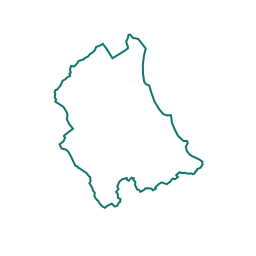 the district of Humacao, Puerto Rico, rotated 305°
{"feature_id": "32010507B58001941007009", "entity_name": "Humacao", "entity_type": "district", "adm_level": 2, "iso_a3": "PRI", "parent_name": "Puerto Rico", "parent_adm1": "", "projection": "albers", "projection_center": [-65.812, 18.138], "detail": "fine", "context": "isolated", "style": "outline", "palette": "teal", "viewbox_px": 256, "rotation_deg": 305, "n_neighbors": 0, "source": "geoboundaries", "source_scale": "gbopen_adm2", "svg_char_len": 2401}
<svg xmlns="http://www.w3.org/2000/svg" viewBox="0 0 256 256"><g transform="rotate(305 128 128)"><path d="M49.1,151.9L49.4,154.9L52.6,155.8L56.7,158.1L56.1,162.1L57.6,163.6L62.3,163.4L62.9,163.9L65.5,162.6L65.0,159.8L68.2,157.4L68.8,155.0L72.5,155.3L73.9,152.8L79.3,151.7L82.7,152.7L86.3,155.6L85.0,156.9L85.2,158.8L89.4,159.4L89.6,160.9L90.1,161.5L88.6,162.0L88.1,165.0L85.6,166.3L82.9,170.6L83.6,172.9L82.8,174.7L86.3,176.6L88.5,176.9L89.4,178.2L90.7,179.7L91.0,180.6L91.8,181.9L91.3,184.2L94.3,185.6L95.1,184.4L100.0,185.5L102.8,186.8L104.2,192.0L108.7,193.5L112.2,193.5L113.0,195.9L116.5,196.9L117.0,194.5L121.4,195.6L121.6,196.6L121.6,197.2L123.9,200.4L125.1,203.6L127.3,206.2L127.2,207.2L127.5,207.8L127.7,208.0L128.5,208.3L129.4,208.5L130.1,208.5L130.4,208.2L131.2,208.2L131.6,208.5L132.4,208.8L134.2,208.3L137.2,210.3L141.1,209.9L141.3,209.5L142.2,208.8L143.1,208.3L143.1,205.7L143.1,205.0L143.1,204.0L142.5,200.9L142.1,198.4L141.7,196.7L141.7,193.2L142.6,190.6L143.1,189.1L145.8,186.1L149.9,185.6L151.2,183.7L149.1,180.7L149.6,178.0L149.9,176.1L150.4,173.1L153.9,166.6L155.3,164.5L157.3,161.3L157.7,160.7L161.0,157.9L163.1,155.8L161.3,153.5L160.7,152.8L159.9,149.9L159.8,149.7L159.6,149.0L161.2,142.8L165.0,134.4L166.5,132.3L171.0,126.0L171.4,125.5L175.0,121.1L174.5,118.7L174.3,118.0L174.2,117.6L175.3,114.6L177.5,112.5L178.7,111.4L181.0,109.2L188.0,104.1L197.2,99.2L202.1,97.4L203.2,97.0L204.8,92.1L205.8,88.7L206.4,86.4L206.9,85.5L205.4,81.9L204.6,80.8L205.6,76.3L205.3,75.4L204.3,75.0L201.8,76.3L197.8,76.9L195.3,79.9L194.7,81.2L193.1,82.2L189.4,81.0L176.2,75.3L180.3,65.8L182.5,59.1L180.0,58.1L176.2,55.5L175.6,55.5L173.1,56.2L169.5,55.7L166.8,54.4L163.7,54.3L160.5,52.4L158.6,52.3L156.5,50.4L153.8,48.9L152.5,49.4L147.6,48.6L146.1,45.7L145.2,46.0L142.6,47.0L140.5,49.4L138.9,48.8L137.7,50.7L133.8,48.9L132.2,48.9L129.4,47.4L123.5,48.4L118.4,47.8L117.5,46.8L115.4,47.1L114.8,48.5L111.0,50.4L110.1,52.9L107.9,53.3L108.3,62.9L106.0,68.3L105.6,69.2L103.2,71.5L100.3,72.6L97.4,77.8L95.9,83.4L89.4,81.3L85.0,80.0L84.5,80.3L84.0,82.0L80.0,82.8L75.4,81.3L73.1,85.3L74.9,90.1L74.6,90.8L74.2,93.0L72.6,96.2L71.6,98.2L66.9,106.6L67.4,108.5L66.8,109.8L67.3,112.1L67.2,113.2L67.2,117.3L67.4,119.4L66.0,124.0L66.1,125.0L63.0,127.8L60.7,128.0L58.3,133.3L56.7,135.2L56.0,137.8L54.0,138.9L52.8,139.7L51.3,143.3L51.4,145.0L50.0,147.8L49.1,151.9Z" fill="none" stroke="#0f766e" stroke-width="2"/></g></svg>